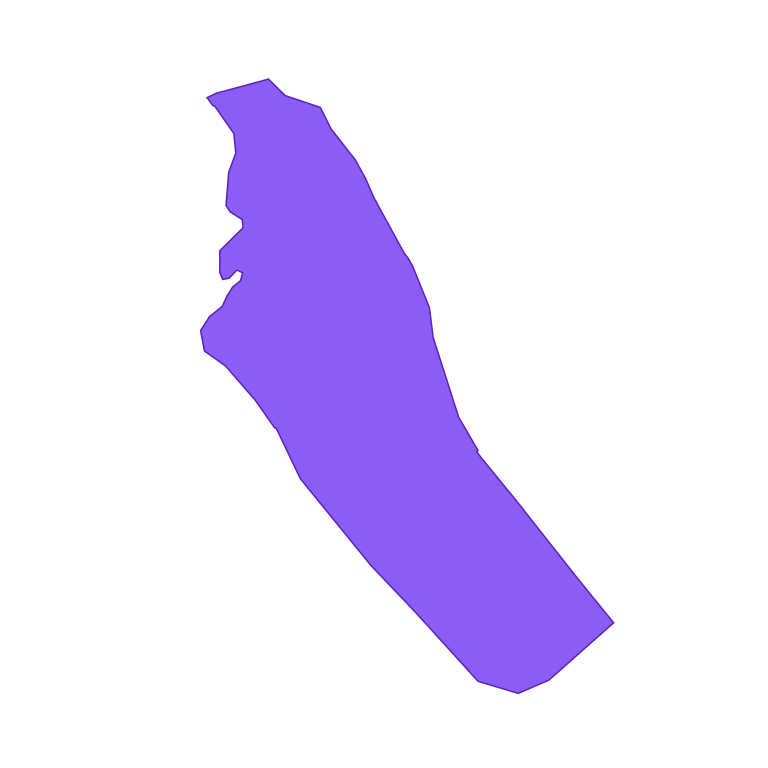 outline of Um Baru, North Darfur, Sudan, rotated 141°
{"feature_id": "16777658B26622342825559", "entity_name": "Um Baru", "entity_type": "district", "adm_level": 2, "iso_a3": "SDN", "parent_name": "Sudan", "parent_adm1": "North Darfur", "projection": "albers", "projection_center": [24.187, 15.315], "detail": "fine", "context": "isolated", "style": "filled", "palette": "violet", "viewbox_px": 768, "rotation_deg": 141, "n_neighbors": 0, "source": "geoboundaries", "source_scale": "gbopen_adm2", "svg_char_len": 1113}
<svg xmlns="http://www.w3.org/2000/svg" viewBox="0 0 768 768"><g transform="rotate(141 384 384)"><path d="M496.4,418.3L495.8,417.6L495.6,417.3L497.3,410.3L498.4,405.6L502.1,390.2L504.3,381.1L508.6,363.1L508.6,349.6L508.6,337.8L508.5,311.7L508.5,311.4L508.4,253.3L508.4,252.2L508.4,251.2L503.5,190.5L502.0,165.1L498.0,93.7L474.4,59.1L442.1,50.1L356.1,53.9L355.8,53.9L355.9,94.7L355.9,111.6L355.1,174.4L354.8,195.5L354.6,200.9L354.6,209.5L354.7,225.9L354.8,252.9L354.8,255.4L354.8,266.2L354.5,272.9L352.8,273.1L349.9,291.8L346.9,311.1L316.4,389.5L300.7,414.6L287.6,457.5L286.1,466.3L286.0,472.6L274.6,535.1L269.2,554.5L265.3,575.7L264.6,615.7L259.4,639.0L279.3,670.3L281.9,693.7L282.0,693.7L331.1,715.4L341.3,717.9L341.8,707.8L340.6,707.1L343.1,673.1L353.8,656.8L371.5,646.2L394.5,622.1L395.2,614.5L390.7,600.9L395.3,594.1L409.6,592.7L428.0,590.8L433.4,583.8L441.3,574.2L443.6,566.8L437.9,563.7L426.6,565.1L423.9,559.4L430.5,554.6L440.5,554.6L450.7,551.2L460.8,546.1L477.1,546.2L492.9,541.0L502.8,522.6L495.8,497.6L494.3,452.0L496.6,419.1L496.4,418.3Z" fill="#8b5cf6" stroke="#5b21b6" stroke-width="1.5"/></g></svg>